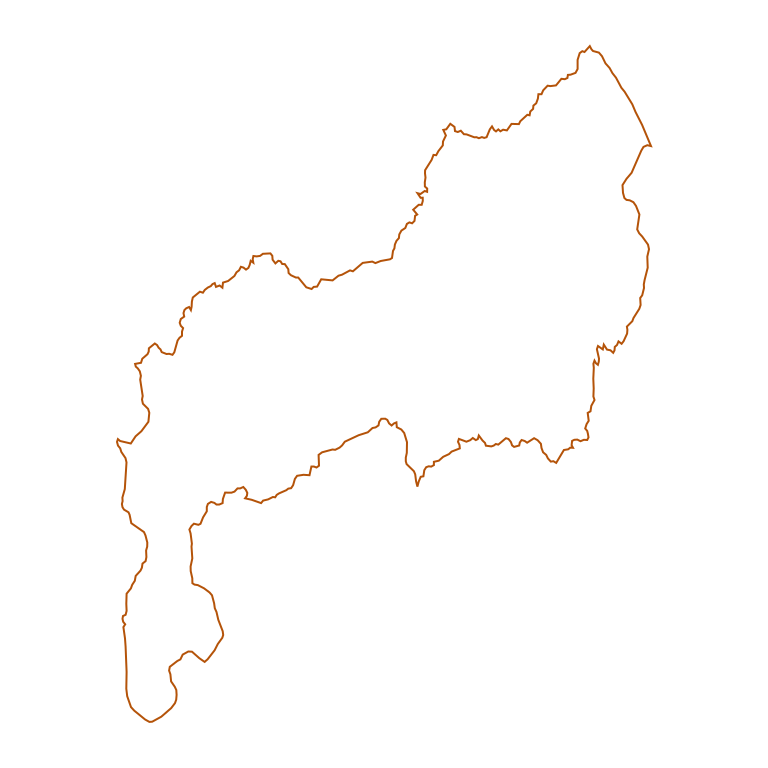 outline of Lurambi, Western, Kenya
{"feature_id": "3690345B89314071613008", "entity_name": "Lurambi", "entity_type": "district", "adm_level": 2, "iso_a3": "KEN", "parent_name": "Kenya", "parent_adm1": "Western", "projection": "equal_earth", "projection_center": [34.691, 0.273], "detail": "fine", "context": "isolated", "style": "outline", "palette": "amber", "viewbox_px": 768, "rotation_deg": 0, "n_neighbors": 0, "source": "geoboundaries", "source_scale": "gbopen_adm2", "svg_char_len": 6086}
<svg xmlns="http://www.w3.org/2000/svg" viewBox="0 0 768 768"><path d="M127.2,696.2L131.0,707.1L134.3,710.7L145.1,719.5L149.4,721.9L152.2,721.7L161.3,716.7L171.2,708.1L175.0,703.1L176.2,699.7L176.6,694.9L176.3,690.0L174.8,686.8L171.1,681.4L170.4,674.3L169.1,670.6L169.8,666.8L177.3,661.0L180.4,659.4L182.7,654.6L188.3,651.5L192.0,651.7L199.2,658.1L204.6,661.9L207.6,659.3L214.6,650.3L217.8,644.0L222.3,637.8L223.2,635.0L222.7,631.2L218.3,619.8L216.5,612.0L214.8,608.2L214.1,603.2L212.0,595.3L209.6,592.5L204.0,588.3L197.8,585.1L194.5,584.6L192.4,583.2L192.3,578.3L190.7,571.1L190.6,566.5L192.3,558.4L191.5,546.6L191.9,543.7L190.6,533.5L189.4,529.5L191.5,526.0L193.9,523.7L198.4,524.8L200.5,523.8L203.1,517.3L206.8,511.3L206.8,507.0L207.9,503.9L211.1,501.9L214.4,502.9L216.4,504.5L219.3,504.5L222.6,503.1L222.9,499.0L225.1,492.6L231.4,492.7L234.5,491.6L237.5,488.4L240.2,488.4L243.3,487.0L245.8,489.8L247.3,492.9L246.9,495.8L245.1,498.3L251.7,499.8L261.1,503.1L263.1,500.6L268.1,499.4L272.9,497.0L275.2,497.3L276.7,494.9L279.0,493.4L286.3,490.2L288.3,488.6L291.1,488.2L293.1,485.2L294.9,478.9L297.1,475.8L303.5,474.8L309.5,475.2L311.4,466.5L313.8,466.5L316.5,467.5L319.0,465.7L318.6,454.9L322.1,452.3L332.5,449.5L335.2,449.8L339.6,447.6L342.1,445.4L344.8,441.7L358.7,435.2L367.8,432.3L372.5,428.0L375.6,427.4L378.5,425.4L379.2,421.8L381.3,418.8L385.2,418.7L387.3,419.9L389.1,423.4L391.6,425.5L394.0,423.4L396.4,422.4L396.8,427.2L401.3,429.5L404.2,433.0L407.0,442.2L406.8,452.9L405.8,457.6L405.8,461.3L406.6,464.1L413.9,471.2L415.2,474.3L416.1,481.4L417.4,486.6L418.7,481.6L420.7,476.8L423.4,476.3L424.3,470.2L426.2,467.2L428.7,466.3L431.2,466.6L433.9,465.1L433.9,461.8L438.8,460.7L443.2,456.8L449.0,454.1L451.6,451.6L459.8,448.4L459.5,445.0L458.0,441.8L458.9,438.9L466.4,441.7L470.2,440.2L472.8,438.0L475.8,440.1L477.8,439.1L478.8,435.5L482.5,440.5L485.0,442.9L485.9,445.7L491.3,446.4L493.7,445.6L495.8,444.0L498.3,444.6L505.9,438.2L508.5,439.0L510.9,442.0L512.1,445.4L514.1,446.9L519.2,445.5L519.8,442.5L521.6,440.0L524.7,441.0L527.1,442.7L534.1,438.2L537.6,440.2L540.9,443.8L541.5,448.0L543.1,452.3L546.2,454.9L547.9,458.4L550.8,461.6L553.4,461.2L556.2,462.9L563.9,450.0L568.2,449.3L570.3,447.6L573.0,447.8L571.6,445.2L572.1,440.9L574.3,439.8L577.3,439.6L580.5,441.2L583.9,439.8L587.2,440.0L588.5,437.4L587.9,433.7L587.2,430.9L585.2,428.5L586.6,424.1L588.7,420.8L587.7,412.9L590.5,411.3L591.3,405.8L594.5,400.0L593.4,396.5L593.7,388.5L593.3,378.7L593.8,367.8L593.4,363.8L594.5,360.6L596.0,363.3L597.9,364.8L598.8,361.6L599.0,358.6L596.9,349.2L598.0,346.0L602.8,349.4L603.8,344.6L607.0,349.6L610.5,350.3L613.2,352.8L614.5,350.4L614.8,346.9L617.0,345.0L618.5,341.4L621.6,343.8L623.6,341.2L627.1,333.6L627.4,329.8L626.9,326.6L632.3,321.2L633.5,318.0L639.3,308.8L640.6,305.0L640.2,298.0L642.2,295.3L644.0,288.0L643.8,284.4L644.6,280.0L647.7,267.7L647.3,256.6L649.0,249.2L648.0,244.6L642.2,236.5L639.2,233.3L637.2,229.4L639.4,214.5L636.0,205.9L633.4,202.2L629.7,200.3L626.5,199.9L624.4,198.0L623.0,192.9L622.5,185.1L626.5,178.8L631.6,172.8L641.3,150.6L643.5,146.9L647.3,145.2L651.0,146.1L642.1,124.9L635.5,111.9L632.3,104.3L624.6,91.7L621.4,87.8L616.0,77.7L612.4,73.1L609.6,68.0L605.5,63.4L602.0,56.2L598.9,52.6L593.0,51.0L591.4,49.2L589.8,46.1L584.5,52.0L582.3,51.2L579.7,53.1L577.6,59.9L577.6,69.0L575.5,72.9L570.5,74.7L567.9,74.9L567.4,78.0L564.8,79.2L561.4,78.8L556.0,85.4L550.4,86.1L547.6,85.7L543.2,90.3L541.5,94.2L538.4,94.2L537.9,98.6L536.2,103.3L533.4,105.6L533.1,108.9L530.3,111.5L529.6,115.3L527.3,114.8L520.3,121.2L518.9,124.1L511.5,123.9L506.9,130.4L503.1,129.7L500.4,131.3L498.3,129.4L496.0,131.4L494.1,130.0L492.0,126.4L489.8,129.4L486.6,137.2L484.2,137.9L481.9,137.1L478.9,138.2L476.5,137.2L474.3,137.3L466.6,134.4L463.9,134.2L460.8,130.7L457.8,132.0L455.0,131.1L454.5,126.9L450.3,123.8L446.3,129.3L443.3,129.9L445.9,135.5L443.0,141.5L442.8,145.4L438.4,151.1L436.2,155.2L433.5,154.9L431.6,159.9L425.1,170.2L425.0,173.3L425.5,177.6L424.8,182.3L424.9,186.5L427.2,188.6L427.1,191.8L424.7,191.0L420.5,194.0L417.5,193.2L420.6,197.8L422.7,197.7L422.8,200.9L421.7,204.8L418.7,204.8L413.2,209.7L417.2,214.5L415.1,215.8L414.5,220.9L412.1,223.3L409.4,222.4L406.9,223.9L405.3,228.0L401.4,230.6L399.3,234.4L398.9,238.1L396.5,240.8L394.9,244.5L394.4,248.4L393.0,250.9L392.0,258.0L390.0,259.3L380.7,261.0L375.4,263.1L372.3,261.6L362.7,262.9L352.9,271.3L350.0,270.4L342.0,274.7L338.5,275.7L332.6,280.4L321.2,279.3L317.1,286.6L313.7,286.9L311.6,289.0L306.3,287.3L298.2,277.5L295.8,277.5L290.9,275.2L288.6,273.0L288.3,269.2L284.8,264.1L282.2,264.0L280.5,261.3L278.3,260.8L275.4,263.4L272.6,259.7L272.3,255.8L270.4,253.4L262.9,253.8L260.1,255.9L256.6,256.4L253.4,256.0L252.7,259.2L253.3,262.7L250.7,260.8L249.7,264.9L248.4,267.9L246.0,269.6L243.5,267.6L240.9,266.8L239.1,270.3L236.5,272.3L234.4,276.0L228.1,281.0L223.0,282.6L222.4,287.7L219.6,285.5L216.0,286.9L214.7,283.1L212.5,284.1L210.8,286.1L207.9,287.5L204.8,289.9L202.9,292.7L199.9,291.7L192.8,297.5L191.9,301.5L191.6,306.8L190.9,310.1L189.1,307.0L186.2,308.3L184.4,310.1L183.5,313.1L184.2,316.6L180.8,319.0L179.7,322.8L180.8,325.8L183.1,328.1L182.0,331.6L182.0,335.8L179.5,337.8L177.6,340.5L174.3,352.3L172.5,354.8L169.2,353.8L166.5,354.0L161.7,352.1L160.5,349.4L158.6,347.7L157.1,345.1L154.8,343.5L148.9,348.3L148.7,351.6L147.5,354.2L142.3,358.7L141.0,362.8L135.1,363.9L135.8,366.6L137.8,368.4L139.8,371.3L140.9,375.8L140.2,379.6L142.7,396.0L142.0,399.5L142.9,403.7L148.1,408.9L149.3,412.8L148.4,421.8L141.4,431.2L135.6,436.3L130.8,443.5L120.1,441.0L117.9,439.1L117.0,441.9L118.0,445.6L120.2,448.3L121.3,451.9L125.5,458.1L126.5,462.4L124.8,489.1L122.4,497.6L122.6,501.1L121.9,504.0L122.5,507.2L124.0,509.6L128.5,512.3L129.6,514.8L131.3,523.2L144.0,532.1L145.5,535.5L147.3,542.5L147.2,546.6L146.1,550.5L146.4,557.1L145.6,561.1L142.5,563.6L141.9,567.7L140.5,570.6L135.7,575.9L134.8,580.8L132.2,584.8L130.9,588.4L126.6,593.7L126.3,603.8L126.6,610.9L125.6,614.8L123.0,616.0L122.5,618.8L123.2,621.8L125.2,624.3L123.4,627.1L125.0,638.4L125.6,646.7L126.6,672.0L126.3,688.7L127.2,696.2Z" fill="none" stroke="#b45309" stroke-width="2"/></svg>